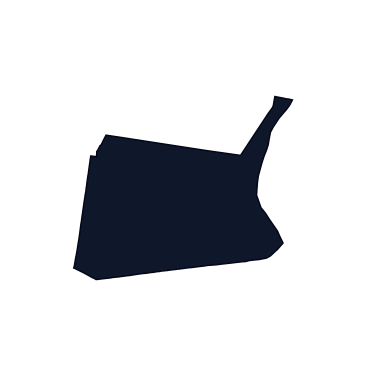 Chau Doc, An Giang, Vietnam (Robinson projection), rotated 42°
{"feature_id": "81297802B29469680325647", "entity_name": "Chau Doc", "entity_type": "district", "adm_level": 2, "iso_a3": "VNM", "parent_name": "Vietnam", "parent_adm1": "An Giang", "projection": "robinson", "projection_center": [105.086, 10.688], "detail": "fine", "context": "isolated", "style": "filled", "palette": "ink", "viewbox_px": 384, "rotation_deg": 42, "n_neighbors": 0, "source": "geoboundaries", "source_scale": "gbopen_adm2", "svg_char_len": 2398}
<svg xmlns="http://www.w3.org/2000/svg" viewBox="0 0 384 384"><g transform="rotate(42 192 192)"><path d="M189.7,65.6L192.6,70.2L194.2,72.7L194.9,74.0L195.4,76.1L196.0,82.1L203.6,132.3L174.8,151.7L170.7,154.4L132.7,179.3L90.2,207.2L90.1,207.3L91.6,213.1L92.2,215.0L92.3,215.6L92.8,216.9L93.0,217.6L92.8,218.2L92.7,218.7L92.7,219.3L93.0,220.2L93.2,221.0L93.5,222.3L93.9,223.7L94.0,224.5L94.1,224.8L94.1,225.1L94.2,225.8L94.4,225.9L95.4,227.1L95.9,227.7L96.9,229.1L97.4,229.5L95.7,230.9L92.7,232.9L92.8,233.2L93.5,234.2L96.9,239.3L97.9,240.8L99.0,242.4L103.3,248.7L103.6,249.3L108.6,256.7L109.3,257.6L110.9,260.1L111.6,261.1L111.9,261.3L114.1,264.8L114.5,265.5L116.5,268.5L119.3,272.8L119.6,273.2L124.5,280.5L125.0,281.1L125.5,282.0L129.7,288.2L130.2,289.0L131.0,290.3L135.1,296.2L135.8,297.2L140.3,303.9L140.6,304.5L145.4,311.8L147.4,315.0L150.1,319.5L150.6,320.3L154.0,325.6L154.9,327.6L155.3,327.4L161.1,325.8L166.1,324.4L169.9,323.5L174.8,322.4L176.4,321.9L177.0,321.7L178.7,321.3L179.1,321.3L179.7,320.7L180.3,320.2L181.5,318.7L183.1,316.9L184.2,315.6L185.5,314.2L186.5,313.0L188.7,310.6L190.3,308.5L192.2,306.4L192.7,305.8L194.4,304.1L195.4,302.7L196.2,301.9L198.2,299.5L198.9,298.7L199.2,298.3L201.4,295.9L204.3,292.3L205.3,291.1L205.7,290.6L207.5,288.4L210.5,284.9L212.0,283.4L215.0,279.7L215.8,278.9L217.7,276.7L218.5,275.6L218.8,275.3L219.7,274.1L220.6,273.3L221.5,272.2L222.5,270.8L224.0,269.3L224.5,268.6L226.4,266.6L226.5,266.5L227.1,265.5L227.6,265.2L228.4,264.1L228.6,263.8L229.6,262.8L230.9,261.3L232.3,259.8L232.6,259.3L232.9,258.9L233.7,258.1L234.4,257.5L235.3,256.0L236.1,255.5L236.9,254.3L237.5,253.7L239.6,251.2L239.9,250.8L241.4,249.3L242.1,248.5L242.6,248.0L245.9,244.1L246.5,243.4L247.4,242.4L250.5,238.9L252.9,235.9L258.5,230.1L262.3,225.7L268.1,219.2L271.3,215.5L276.0,210.2L278.1,208.1L279.7,205.8L280.4,204.6L283.6,201.0L287.0,197.3L291.1,191.9L291.6,191.1L293.0,187.1L293.5,181.6L293.6,179.5L293.9,178.7L293.8,169.0L286.3,166.0L281.8,163.9L275.6,162.4L268.3,160.7L261.1,158.7L253.7,157.5L246.0,153.3L242.1,151.2L241.3,150.2L238.6,146.8L234.0,140.8L230.6,135.8L227.4,129.5L224.3,123.3L221.5,117.0L219.5,111.5L217.1,106.1L213.6,100.6L210.3,95.1L208.9,89.5L208.1,84.2L207.3,79.0L207.1,73.4L207.0,67.7L206.5,62.3L205.0,56.4L204.0,57.0L202.1,58.0L201.3,58.5L200.9,58.8L200.0,59.5L196.8,61.3L191.4,64.6L189.7,65.6Z" fill="#0f172a" stroke="#020617" stroke-width="1.5"/></g></svg>